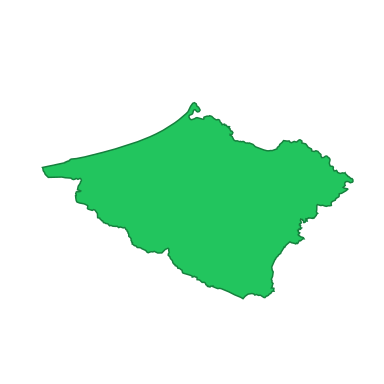 Chana, Songkhla, Thailand, rotated 288°
{"feature_id": "78962969B24308804777552", "entity_name": "Chana", "entity_type": "district", "adm_level": 2, "iso_a3": "THA", "parent_name": "Thailand", "parent_adm1": "Songkhla", "projection": "natural_earth1", "projection_center": [100.698, 6.919], "detail": "fine", "context": "isolated", "style": "filled", "palette": "green", "viewbox_px": 384, "rotation_deg": 288, "n_neighbors": 0, "source": "geoboundaries", "source_scale": "gbopen_adm2", "svg_char_len": 6101}
<svg xmlns="http://www.w3.org/2000/svg" viewBox="0 0 384 384"><g transform="rotate(288 192 192)"><path d="M276.6,165.3L273.1,164.2L267.1,163.4L264.5,162.1L256.4,157.1L252.2,154.1L241.8,145.5L236.1,139.9L231.7,135.2L223.1,124.9L209.2,105.7L202.3,95.2L192.3,79.3L188.1,71.8L186.0,67.0L185.2,66.1L184.3,65.9L184.0,65.4L183.4,65.3L183.0,64.8L183.0,64.3L182.4,63.9L182.2,63.3L181.7,63.1L181.3,62.2L180.7,62.2L180.4,61.8L169.1,42.2L168.7,42.7L166.2,44.0L165.1,45.6L163.4,47.0L161.5,50.8L166.0,63.6L166.4,67.0L167.8,72.5L167.2,74.2L167.2,75.4L168.0,76.8L168.7,77.1L169.1,77.7L168.8,79.6L170.3,81.2L170.4,81.8L169.1,83.2L167.6,83.1L167.0,82.8L165.9,83.0L162.4,82.0L158.7,82.4L158.8,85.1L158.6,85.9L157.8,85.4L156.4,82.0L154.5,81.9L153.8,82.6L153.1,82.6L152.8,82.9L152.5,82.4L150.7,83.2L148.3,84.4L147.1,85.4L146.9,86.0L146.8,88.3L147.4,93.2L147.0,96.3L146.6,97.2L144.1,97.6L143.6,98.5L143.7,102.8L144.9,104.0L144.8,105.3L142.3,108.7L138.4,110.2L138.6,112.4L137.9,112.9L137.5,114.1L136.8,114.8L137.0,115.9L135.5,117.3L135.8,118.1L135.4,119.7L135.8,121.7L134.4,124.0L135.2,125.3L135.0,127.0L135.3,128.6L135.9,130.6L136.3,131.3L135.5,133.3L136.6,134.6L136.6,137.7L137.4,139.0L136.7,140.0L135.9,140.7L135.7,141.8L134.6,142.5L134.1,143.5L133.2,143.8L132.6,144.7L130.2,145.7L129.8,147.1L128.6,148.7L127.4,148.8L126.8,149.6L125.8,150.0L125.5,151.0L124.1,151.1L123.9,152.2L123.2,153.7L123.4,155.3L122.3,157.1L123.1,160.2L122.6,161.7L122.1,166.0L120.8,168.0L120.7,169.1L122.3,171.1L122.8,172.2L122.9,173.3L123.9,174.4L123.4,178.3L124.8,182.2L129.1,184.3L131.1,186.6L130.6,187.6L128.9,188.0L127.7,189.0L125.8,188.6L124.5,188.9L123.6,190.9L122.0,192.1L120.7,194.5L118.7,195.8L117.7,197.4L117.7,198.2L116.8,198.7L116.7,200.8L115.1,202.2L115.5,203.8L114.7,205.7L114.6,206.6L112.7,207.7L112.1,208.5L112.3,215.3L112.2,217.7L111.9,218.2L111.2,218.4L111.4,219.1L112.5,220.1L112.2,221.5L112.4,222.9L112.0,223.3L110.2,223.9L110.7,226.3L109.2,229.5L109.5,230.7L109.9,231.2L109.8,232.0L109.4,232.9L108.1,233.9L107.9,235.0L107.0,235.9L107.1,236.4L107.5,236.9L107.1,237.3L107.2,238.3L107.5,238.8L108.2,238.9L108.7,240.2L108.5,240.6L109.1,241.0L108.5,241.6L108.3,242.4L108.1,246.5L108.9,247.9L109.1,249.7L108.4,258.2L107.4,264.3L106.9,270.9L106.3,273.5L109.2,274.7L112.2,276.9L113.9,280.2L114.2,282.2L113.4,283.6L114.5,285.1L114.2,287.1L115.0,289.0L113.9,292.9L114.1,294.0L116.0,294.9L116.4,295.7L117.4,296.6L118.9,297.1L119.8,298.2L121.9,298.8L122.6,299.4L123.0,300.6L123.7,300.0L125.7,299.7L125.6,298.4L125.3,297.2L127.0,297.5L127.7,297.2L128.7,297.4L129.5,297.1L130.1,297.3L130.8,295.9L132.4,295.5L133.6,294.4L136.6,294.7L141.1,293.9L142.5,292.4L145.3,291.0L153.6,291.8L153.7,292.1L154.2,292.2L155.8,292.4L157.8,293.6L159.1,293.7L159.6,294.4L160.2,294.6L160.9,295.3L162.3,295.3L167.4,296.6L168.0,296.5L168.1,297.3L169.4,297.5L170.9,298.1L174.9,300.5L174.5,302.2L174.8,305.2L174.7,306.8L175.7,307.2L175.6,308.3L176.0,308.5L178.9,309.1L179.1,310.3L181.7,311.9L182.1,313.0L183.0,312.0L182.9,311.4L183.1,310.5L182.8,309.7L183.2,309.0L183.2,308.4L183.6,307.6L183.6,306.8L183.9,306.4L184.5,306.1L185.6,307.1L186.0,306.8L186.6,306.9L186.5,305.8L187.8,305.1L187.8,304.7L188.1,304.7L188.3,304.4L189.0,305.3L189.5,305.2L189.7,305.6L190.1,305.5L190.1,306.7L190.6,306.6L191.6,307.3L191.7,306.3L192.3,305.8L193.5,305.7L193.7,304.4L194.1,304.2L194.5,304.2L194.6,304.6L195.1,304.3L195.4,304.9L196.4,305.5L197.7,304.7L198.4,303.9L199.8,303.7L199.8,304.0L199.4,304.2L200.0,305.1L199.8,305.8L199.2,306.0L198.8,307.2L197.8,307.8L197.5,307.7L197.5,308.0L198.4,309.0L199.9,309.1L200.1,309.6L199.9,310.1L200.0,310.5L200.7,310.0L200.9,308.9L201.8,308.6L202.2,310.1L203.4,310.7L203.3,311.4L203.7,311.8L204.1,314.6L204.4,314.7L204.4,315.3L204.9,315.4L204.9,316.1L208.2,317.4L209.2,317.3L210.5,318.1L210.7,317.3L211.6,316.4L213.4,316.2L217.7,314.9L218.8,315.2L218.9,318.6L219.8,320.4L219.7,322.4L219.9,324.3L221.0,325.8L221.4,327.2L222.3,328.7L224.3,327.8L225.3,327.7L226.9,328.9L228.5,330.8L230.3,330.9L232.8,333.1L233.4,333.2L235.8,332.6L237.0,334.7L240.8,338.1L242.8,339.3L243.1,339.0L242.7,335.9L243.1,334.3L245.6,335.7L246.8,334.7L248.5,334.6L249.5,335.4L250.0,336.4L250.2,337.9L249.7,339.7L251.0,341.6L252.0,341.8L253.5,341.1L254.2,340.0L253.9,338.8L254.9,336.9L255.0,335.3L255.6,335.0L256.1,333.5L257.3,331.7L257.6,331.6L257.0,331.0L256.7,329.2L255.4,327.2L255.6,324.4L256.5,323.7L257.2,322.7L256.2,321.4L256.1,320.4L257.8,319.0L259.2,318.8L259.7,318.2L259.8,317.7L259.5,316.4L259.5,315.4L259.9,315.0L261.9,313.6L264.8,313.4L265.7,313.1L266.7,312.1L266.8,311.1L267.7,309.6L267.7,308.5L267.1,307.7L265.7,306.8L265.2,305.9L264.8,304.8L265.9,303.6L267.5,303.0L268.7,300.3L269.5,299.3L269.5,297.1L268.3,295.7L268.0,293.4L268.2,293.0L269.3,292.7L269.9,292.2L270.4,288.7L272.5,286.0L272.9,285.2L272.6,281.3L274.4,280.8L275.0,279.0L274.9,278.3L274.5,277.7L271.9,276.1L271.7,275.2L271.7,273.6L269.6,271.3L269.6,270.0L270.6,268.7L269.8,266.7L269.2,263.2L267.0,262.4L264.3,260.7L263.1,260.9L260.7,259.4L259.3,259.5L256.1,255.4L255.8,254.1L254.8,252.1L254.4,250.6L254.2,247.3L254.6,238.3L256.1,235.3L256.3,231.8L256.3,231.2L255.7,230.4L255.8,229.7L255.3,228.4L255.3,227.4L256.0,225.6L255.7,224.6L255.0,223.2L255.1,222.3L254.5,221.4L254.7,219.6L254.5,218.7L254.0,218.0L254.2,216.2L254.8,215.3L257.3,212.9L257.7,211.0L258.0,211.2L258.5,210.6L258.7,211.6L259.5,212.4L261.2,212.5L262.2,211.1L261.9,210.3L262.5,209.8L262.9,209.0L263.8,208.7L263.8,208.3L264.8,206.4L265.0,206.5L265.1,207.5L265.6,207.6L265.7,207.1L265.1,205.7L265.1,205.2L266.1,204.0L265.7,202.5L266.5,202.3L266.6,201.9L265.3,199.8L266.4,199.0L267.4,197.0L268.7,196.1L269.0,195.4L269.0,194.3L268.4,193.6L268.1,192.6L268.7,190.1L270.0,187.4L270.0,185.2L269.4,184.8L268.7,182.7L266.9,180.3L266.2,180.3L265.3,180.8L264.6,180.2L264.3,173.8L263.8,172.9L262.6,171.9L261.1,170.0L260.5,168.8L260.7,167.8L262.2,166.0L263.5,165.7L264.4,166.1L265.7,167.7L266.5,168.3L267.4,168.4L269.7,168.2L270.5,168.5L271.1,169.1L271.2,169.7L270.0,171.6L269.9,172.7L270.7,173.9L272.3,174.4L272.8,174.1L274.6,172.1L275.3,170.0L277.1,168.8L277.7,166.7L276.6,165.3Z" fill="#22c55e" stroke="#15803d" stroke-width="1.5"/></g></svg>